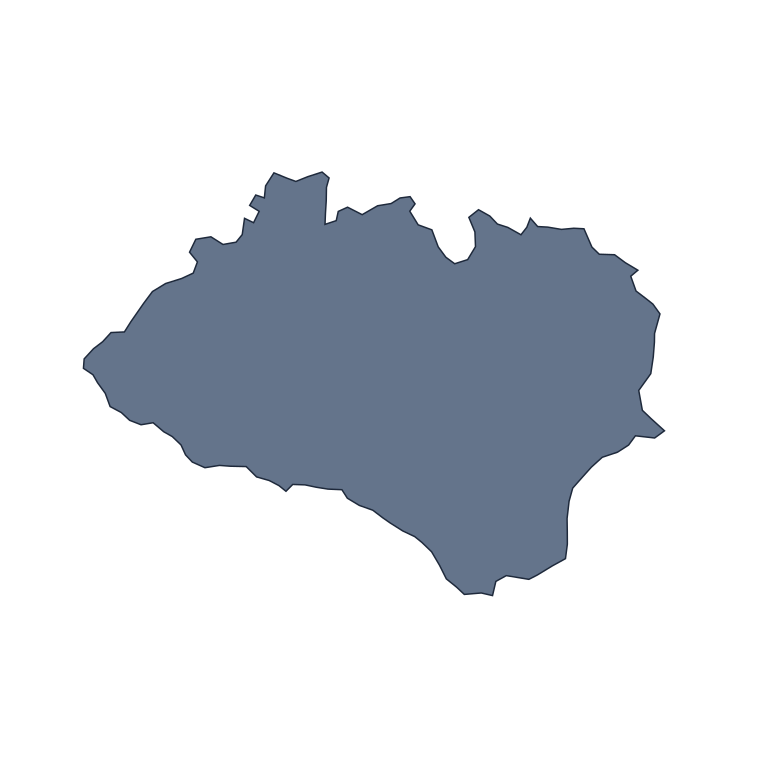 Capela do Alto, São Paulo, Brazil, rotated 74°
{"feature_id": "56859067B13342023452969", "entity_name": "Capela do Alto", "entity_type": "district", "adm_level": 2, "iso_a3": "BRA", "parent_name": "Brazil", "parent_adm1": "São Paulo", "projection": "mercator", "projection_center": [-47.738, -23.473], "detail": "fine", "context": "isolated", "style": "filled", "palette": "slate", "viewbox_px": 768, "rotation_deg": 74, "n_neighbors": 0, "source": "geoboundaries", "source_scale": "gbopen_adm2", "svg_char_len": 1909}
<svg xmlns="http://www.w3.org/2000/svg" viewBox="0 0 768 768"><g transform="rotate(74 384 384)"><path d="M231.3,581.1L240.2,592.8L254.3,610.1L262.4,619.2L259.3,632.2L265.8,642.8L270.0,653.5L277.2,665.3L286.1,668.6L294.9,661.2L303.8,659.0L316.2,654.5L330.2,653.5L339.0,644.4L348.8,638.5L356.2,628.8L357.6,616.6L369.2,608.9L376.2,602.0L386.7,595.9L397.4,594.3L406.2,589.8L415.1,579.2L416.9,564.6L420.7,554.3L425.4,539.2L438.2,532.1L445.1,521.0L452.7,513.0L460.1,507.8L455.4,499.4L459.2,487.7L464.6,477.5L469.6,466.8L474.0,453.6L483.7,450.7L493.9,441.2L502.2,429.6L512.5,421.9L519.5,416.2L530.5,406.4L539.2,396.5L546.8,391.2L558.4,384.5L573.5,380.6L588.5,377.8L599.2,370.3L608.4,364.8L611.7,348.1L617.3,338.0L604.6,330.9L601.9,319.3L611.7,298.6L609.9,289.4L605.2,272.2L601.9,257.7L588.5,251.9L576.8,248.6L563.8,245.1L547.7,238.4L536.1,231.3L527.8,218.3L521.1,207.6L514.6,194.4L513.9,178.3L510.1,165.7L503.1,156.6L510.5,138.7L506.3,127.3L490.6,137.0L480.5,142.9L460.4,140.9L447.6,124.7L432.2,117.7L418.3,112.5L410.0,110.0L392.7,99.4L381.3,103.5L374.2,108.6L364.1,116.1L348.4,117.1L344.6,108.6L333.9,118.6L323.3,126.7L318.6,141.3L309.7,146.4L289.9,149.0L286.6,158.6L284.3,170.8L278.3,183.4L275.0,192.9L264.9,197.6L272.7,203.5L278.3,211.2L267.6,221.8L261.5,230.9L251.7,236.0L242.5,245.1L247.2,256.5L262.9,254.7L277.2,258.2L287.5,269.3L287.9,282.9L279.2,289.6L267.1,294.1L249.0,295.5L240.4,307.3L225.0,311.6L219.4,304.5L211.1,307.3L209.6,317.3L212.5,327.4L210.9,341.0L215.2,358.3L204.0,370.3L205.5,380.4L213.8,384.9L214.3,396.7L203.7,393.2L191.9,389.0L179.1,385.1L170.8,380.0L163.2,385.1L163.7,400.1L165.0,412.9L159.6,420.3L150.7,431.6L160.9,443.2L172.1,447.7L167.0,455.2L175.3,463.9L183.6,456.4L193.0,464.9L186.3,472.4L201.3,479.1L206.9,487.1L205.5,500.3L194.8,509.8L193.0,525.0L203.7,534.6L215.2,529.7L224.8,536.8L226.8,549.4L227.2,566.2L231.3,581.1Z" fill="#64748b" stroke="#1e293b" stroke-width="1.5"/></g></svg>